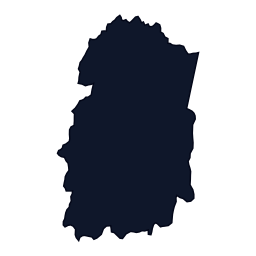 the district of Deputado Irapuan Pinheiro, Ceará, Brazil
{"feature_id": "56859067B95379226813402", "entity_name": "Deputado Irapuan Pinheiro", "entity_type": "district", "adm_level": 2, "iso_a3": "BRA", "parent_name": "Brazil", "parent_adm1": "Ceará", "projection": "equal_earth", "projection_center": [-39.279, -5.882], "detail": "fine", "context": "isolated", "style": "filled", "palette": "ink", "viewbox_px": 256, "rotation_deg": 0, "n_neighbors": 0, "source": "geoboundaries", "source_scale": "gbopen_adm2", "svg_char_len": 2493}
<svg xmlns="http://www.w3.org/2000/svg" viewBox="0 0 256 256"><path d="M193.8,198.3L193.8,194.3L192.8,189.8L191.2,187.0L190.0,184.7L190.3,179.4L190.4,175.0L190.6,171.5L189.9,168.4L188.7,164.7L188.1,161.2L189.9,157.7L190.1,153.4L192.8,148.3L193.0,142.7L192.6,138.0L192.3,133.2L192.4,130.5L192.6,124.7L195.2,119.1L195.0,115.8L193.9,113.2L192.1,111.3L189.2,109.7L186.6,108.6L191.0,87.8L198.5,52.6L196.2,53.2L193.0,53.4L189.9,54.2L187.9,54.0L185.5,50.4L183.6,46.4L179.7,45.2L176.1,45.5L172.4,45.0L170.1,43.5L167.8,43.2L167.9,38.6L164.8,37.0L163.1,33.5L160.5,32.0L160.6,28.1L159.7,24.9L157.9,23.8L156.1,23.0L154.4,24.9L152.3,26.6L149.4,26.6L148.1,24.0L144.8,25.3L143.4,22.0L141.5,22.8L140.1,19.7L138.0,16.5L135.5,17.1L133.5,19.2L131.1,21.7L129.4,22.8L127.3,21.4L125.9,19.7L123.5,20.7L121.6,20.0L121.1,17.4L119.8,15.4L116.8,17.6L114.8,20.2L112.9,21.5L110.9,23.8L107.9,24.1L106.7,27.2L106.4,31.1L104.0,31.0L101.9,31.2L101.0,34.6L98.9,36.0L96.6,38.9L94.7,39.5L92.7,39.6L90.2,38.9L88.9,42.8L89.3,47.0L87.1,50.8L85.0,55.2L83.5,57.5L81.9,60.5L80.2,62.5L79.4,66.1L78.5,68.9L80.2,72.0L79.1,77.2L78.9,80.7L78.2,83.3L82.2,84.1L85.4,85.7L88.4,84.8L91.0,84.4L93.6,83.4L92.9,86.6L92.2,89.4L91.3,94.9L88.2,97.2L85.9,97.2L83.9,99.3L82.1,100.2L79.9,100.8L78.1,104.2L75.3,108.2L73.6,109.7L72.0,111.2L74.5,113.8L74.4,117.3L74.4,121.1L74.1,125.4L71.1,126.9L69.6,129.8L69.5,134.3L69.8,138.5L69.3,141.4L66.0,144.0L63.1,145.2L62.3,148.2L60.6,149.7L58.7,150.5L57.5,153.3L58.9,155.1L61.3,156.6L64.5,157.3L66.1,160.8L68.1,163.2L68.7,167.0L69.0,170.4L66.8,173.5L65.3,176.7L65.0,179.8L64.4,182.4L63.7,186.1L65.4,188.3L66.2,190.9L69.9,190.9L72.5,190.9L72.3,193.8L70.9,196.7L71.3,201.1L69.6,204.3L69.3,207.2L67.0,209.7L65.8,212.8L65.2,215.9L64.8,218.8L63.4,221.6L63.3,225.0L65.0,226.9L68.1,225.3L70.7,224.9L73.3,226.2L75.6,229.3L75.3,234.7L76.3,237.6L78.7,240.6L79.8,237.3L82.5,235.6L84.7,235.4L88.9,236.3L91.9,236.9L93.9,239.3L96.9,238.0L101.3,234.3L102.2,231.9L103.4,228.7L106.4,226.0L110.7,225.7L111.2,228.6L111.5,231.9L114.3,232.6L116.0,234.3L120.0,238.2L122.5,238.5L126.1,233.8L130.6,231.4L133.8,231.8L136.3,232.4L139.2,231.9L141.9,230.7L144.8,230.9L148.2,229.9L148.4,234.3L150.9,234.7L151.7,231.9L152.3,228.4L153.6,224.4L155.5,222.8L157.4,223.7L160.5,226.8L162.4,226.3L165.1,226.0L168.3,225.5L171.8,222.7L172.2,217.2L172.5,214.1L173.3,210.0L174.2,206.5L176.1,201.6L175.9,197.7L176.8,195.4L180.0,197.5L183.2,198.5L185.3,200.3L187.0,201.7L190.8,201.1L193.8,198.3Z" fill="#0f172a" stroke="#020617" stroke-width="1.5"/></svg>